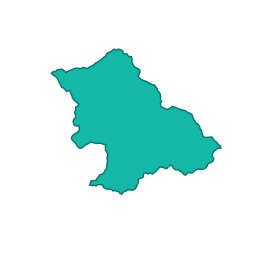 Carmópolis de Minas, Minas Gerais, Brazil, rotated 295°
{"feature_id": "56859067B23958839581539", "entity_name": "Carmópolis de Minas", "entity_type": "district", "adm_level": 2, "iso_a3": "BRA", "parent_name": "Brazil", "parent_adm1": "Minas Gerais", "projection": "albers", "projection_center": [-44.655, -20.559], "detail": "fine", "context": "isolated", "style": "filled", "palette": "teal", "viewbox_px": 256, "rotation_deg": 295, "n_neighbors": 0, "source": "geoboundaries", "source_scale": "gbopen_adm2", "svg_char_len": 3195}
<svg xmlns="http://www.w3.org/2000/svg" viewBox="0 0 256 256"><g transform="rotate(295 128 128)"><path d="M74.2,159.1L75.9,160.2L77.9,160.5L80.1,160.3L82.2,160.4L84.3,159.8L86.2,159.0L87.3,160.2L88.6,161.7L90.4,162.6L92.3,161.5L94.2,161.7L94.8,163.3L94.9,165.6L96.6,167.0L96.5,169.5L98.2,170.5L99.8,171.2L101.9,172.1L104.0,172.6L106.4,173.6L107.1,177.1L107.4,180.2L109.4,180.8L111.9,181.7L112.6,183.7L111.1,185.7L110.2,188.2L110.7,189.9L111.5,191.5L110.7,193.7L110.7,196.0L109.6,197.8L109.5,200.0L111.8,200.8L113.2,201.9L113.9,204.0L114.9,205.6L116.8,206.2L118.8,207.2L120.6,209.1L121.3,211.3L122.6,213.7L124.8,215.4L126.6,215.8L129.3,215.6L131.1,217.2L132.5,218.3L134.6,219.1L136.5,218.7L137.7,216.7L139.9,215.5L142.3,215.4L144.6,216.4L146.3,217.2L148.0,218.5L148.9,220.6L150.7,219.4L151.1,217.2L151.8,215.6L152.6,214.1L153.0,212.2L153.9,210.1L155.3,208.0L154.5,206.1L153.4,204.7L152.3,202.5L151.8,200.0L153.5,198.3L155.1,196.8L156.7,195.5L158.1,193.5L159.7,192.1L161.1,189.6L161.3,187.2L162.4,185.9L163.5,184.0L165.1,182.0L167.0,180.7L167.5,179.0L167.4,177.1L167.3,175.1L167.9,173.0L167.5,170.4L166.8,167.5L166.7,164.4L166.7,161.8L166.1,158.9L163.7,157.7L161.9,156.4L161.0,154.5L161.3,152.0L161.3,148.9L163.7,146.9L166.2,147.2L167.2,145.6L168.7,145.0L170.6,144.0L172.6,142.7L173.6,141.0L174.4,138.9L176.0,137.9L176.7,136.1L178.2,134.0L177.4,131.9L177.6,129.9L177.7,127.6L177.9,125.4L177.7,122.8L177.5,119.9L178.2,117.3L179.1,115.3L181.7,115.4L183.8,115.1L185.6,114.2L185.8,112.3L186.0,110.3L186.1,107.8L187.7,105.8L189.5,103.4L192.1,102.6L194.0,100.7L193.1,98.9L193.7,97.2L194.7,95.7L193.8,94.1L193.5,92.1L195.5,90.8L195.9,88.3L195.3,85.6L193.7,85.3L193.7,82.5L192.3,81.3L190.7,80.8L189.4,79.4L187.8,78.2L185.7,77.1L183.3,77.5L181.7,76.1L179.3,75.2L177.2,73.9L174.7,72.5L173.0,71.1L170.6,70.3L168.7,68.8L166.6,67.1L164.4,65.9L164.5,63.0L163.3,61.1L161.5,59.8L161.3,57.9L160.2,55.5L158.8,53.8L156.7,52.1L154.9,50.4L153.4,49.1L151.8,48.0L152.7,46.5L153.3,44.8L153.2,43.0L152.0,40.9L150.5,39.2L148.6,38.5L147.5,36.4L145.2,35.4L144.4,37.6L144.1,39.7L143.8,42.1L142.1,44.4L140.6,45.9L139.4,47.5L138.0,49.4L136.9,50.9L136.9,53.2L136.2,54.9L135.1,57.0L137.4,59.1L136.0,60.8L134.7,62.2L133.5,63.5L132.2,64.6L130.9,66.6L130.0,69.0L129.4,71.0L128.9,73.3L126.9,73.3L124.6,71.7L122.3,72.9L119.4,73.0L117.6,75.2L115.2,76.0L112.8,75.3L110.9,75.5L109.3,76.5L107.6,78.3L108.1,80.7L109.5,82.3L107.8,83.8L105.3,84.7L103.1,84.2L101.3,83.1L99.5,82.0L97.4,80.8L94.4,81.2L93.4,82.9L92.6,85.6L91.5,87.9L90.3,89.6L89.5,91.2L89.3,93.2L91.0,95.0L93.2,95.9L95.1,96.9L97.0,98.6L99.3,100.1L100.1,102.5L100.4,105.3L101.6,107.5L102.7,109.8L102.8,112.4L103.5,114.8L101.5,115.5L98.6,116.8L97.2,118.8L96.1,120.4L94.4,121.2L92.1,121.5L89.7,123.4L87.3,123.9L85.1,124.6L81.8,125.7L79.3,124.9L77.2,125.1L75.1,124.0L73.4,122.1L71.8,122.1L69.6,121.4L67.0,121.1L65.7,118.9L64.7,117.0L62.9,117.3L60.1,117.2L60.5,119.8L61.8,121.4L62.1,123.5L64.1,124.7L65.0,126.9L65.7,129.1L63.9,131.0L63.6,133.0L63.8,135.1L65.0,137.2L65.3,139.5L64.6,141.3L66.1,142.4L65.7,144.8L66.5,146.7L65.4,148.2L65.3,150.2L67.5,150.8L69.1,151.3L70.1,153.1L72.2,153.8L72.5,155.9L73.3,157.5L74.2,159.1Z" fill="#14b8a6" stroke="#0f766e" stroke-width="1.5"/></g></svg>